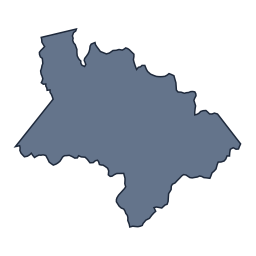 the district of Itapiúna, Ceará, Brazil
{"feature_id": "56859067B46365761499950", "entity_name": "Itapiúna", "entity_type": "district", "adm_level": 2, "iso_a3": "BRA", "parent_name": "Brazil", "parent_adm1": "Ceará", "projection": "robinson", "projection_center": [-38.958, -4.601], "detail": "fine", "context": "isolated", "style": "filled", "palette": "slate", "viewbox_px": 256, "rotation_deg": 0, "n_neighbors": 0, "source": "geoboundaries", "source_scale": "gbopen_adm2", "svg_char_len": 3031}
<svg xmlns="http://www.w3.org/2000/svg" viewBox="0 0 256 256"><path d="M76.4,29.0L41.2,37.4L41.7,39.5L41.9,42.2L42.9,43.9L44.6,46.6L42.8,48.5L40.9,50.4L39.4,52.3L39.5,54.4L40.4,56.9L42.3,58.4L42.6,61.2L42.8,63.6L42.0,65.6L41.5,68.3L40.6,70.9L41.1,74.0L42.1,76.3L42.8,78.6L42.3,80.6L41.3,82.7L43.3,84.2L45.8,84.0L45.8,86.1L46.8,87.9L47.1,90.3L50.0,89.9L50.1,92.5L51.4,94.4L52.3,96.7L53.1,99.2L15.4,146.6L17.3,146.2L19.6,145.7L20.1,147.7L19.9,150.4L21.0,153.1L22.3,154.6L24.4,156.8L27.4,156.2L29.7,154.8L31.3,153.2L32.7,155.3L34.5,157.5L36.6,156.2L38.9,155.1L41.0,155.2L43.1,154.8L45.8,155.5L47.8,159.2L49.2,162.1L51.0,163.5L53.3,165.1L56.0,164.1L57.8,163.0L59.9,161.3L61.4,159.0L62.6,157.0L64.5,155.7L66.6,155.6L69.3,155.3L72.2,156.6L74.8,158.1L77.4,157.9L78.6,155.7L81.2,156.9L85.1,157.2L87.4,159.4L90.0,162.8L93.2,162.6L95.4,160.7L97.5,160.2L98.6,161.7L99.4,164.5L101.2,165.0L103.0,165.1L105.0,166.3L107.6,168.2L108.7,170.9L108.3,174.8L110.2,176.4L112.0,176.2L114.4,174.6L116.7,173.5L123.7,173.4L124.4,176.0L125.0,178.2L125.0,180.5L124.8,183.7L125.7,186.8L124.5,188.6L118.6,195.1L117.0,197.7L116.4,199.6L116.4,201.8L119.1,206.1L121.2,208.0L123.7,209.0L125.0,211.1L125.8,213.4L127.4,215.5L127.9,217.8L127.8,220.5L129.2,224.1L129.8,227.0L132.7,226.2L135.3,226.5L137.9,226.7L140.3,226.2L142.3,225.4L143.1,223.4L144.5,221.8L145.8,220.2L147.5,219.3L149.4,218.4L151.7,215.3L153.9,212.9L155.7,211.3L154.0,207.6L156.4,207.0L161.8,208.0L163.4,206.5L165.2,204.9L167.1,204.3L168.1,201.4L168.6,193.7L171.1,189.6L171.3,186.1L172.4,184.2L175.1,182.9L177.1,180.7L179.6,178.2L181.7,175.9L183.6,174.6L186.0,175.0L189.9,177.6L192.2,177.9L194.9,177.4L197.4,177.0L199.6,176.0L201.9,176.5L203.8,177.6L206.1,177.8L209.9,178.3L210.7,176.4L212.0,172.9L214.2,171.0L216.0,169.0L217.2,164.6L218.2,162.1L221.0,162.0L224.1,161.0L225.7,159.2L227.1,155.9L229.5,156.0L229.7,152.8L230.3,149.3L233.2,147.7L236.0,149.2L238.5,149.0L239.5,146.3L240.6,143.9L217.5,114.0L214.4,113.1L212.0,114.0L209.5,113.9L207.5,111.9L205.9,110.5L203.1,110.7L200.6,111.5L198.9,113.3L196.9,114.4L194.8,114.9L194.7,112.2L195.1,108.7L195.6,105.9L193.9,100.3L194.9,97.8L196.0,95.8L195.8,93.8L194.8,91.9L192.9,91.5L190.7,91.6L188.6,92.5L186.3,92.7L184.4,93.3L181.2,92.2L178.0,92.0L176.4,90.1L175.9,82.8L173.9,75.7L171.1,74.4L169.0,73.6L167.3,75.0L165.0,76.3L162.5,76.6L160.6,76.7L158.2,76.6L156.3,76.4L153.8,75.5L150.5,74.1L147.6,71.5L146.3,69.2L144.8,65.4L142.0,65.4L140.6,66.8L138.4,67.3L136.6,69.5L135.2,65.9L134.0,62.2L133.4,59.7L133.9,56.6L133.9,54.2L131.3,51.7L129.4,49.8L127.7,48.6L125.7,47.9L124.1,49.1L122.3,50.1L119.0,49.5L116.2,50.3L113.0,50.5L111.4,51.6L109.4,53.0L106.4,53.9L102.9,52.5L100.4,51.5L99.1,49.8L96.8,46.7L95.5,44.7L95.0,42.5L91.2,44.1L90.1,46.1L89.7,49.4L89.1,51.6L88.2,53.6L86.5,56.1L84.7,58.4L84.2,60.4L85.1,62.5L85.8,64.5L84.6,66.5L81.9,65.2L80.8,63.2L80.8,61.0L79.4,59.7L78.3,58.1L77.2,55.8L76.9,52.6L76.9,49.4L76.0,47.0L75.2,44.7L73.6,42.8L72.7,40.3L73.1,38.2L72.4,35.9L73.6,32.6L75.7,31.0L76.4,29.0Z" fill="#64748b" stroke="#1e293b" stroke-width="1.5"/></svg>